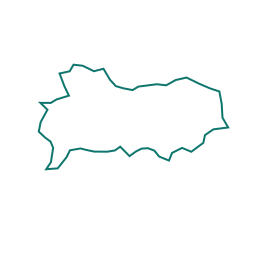 Dali, Nicosia, Cyprus, rotated 296°
{"feature_id": "46923920B65421651141260", "entity_name": "Dali", "entity_type": "district", "adm_level": 2, "iso_a3": "CYP", "parent_name": "Cyprus", "parent_adm1": "Nicosia", "projection": "robinson", "projection_center": [33.409, 35.042], "detail": "fine", "context": "isolated", "style": "outline", "palette": "teal", "viewbox_px": 256, "rotation_deg": 296, "n_neighbors": 0, "source": "geoboundaries", "source_scale": "gbopen_adm2", "svg_char_len": 809}
<svg xmlns="http://www.w3.org/2000/svg" viewBox="0 0 256 256"><g transform="rotate(296 128 128)"><path d="M55.1,72.6L60.9,82.5L74.9,85.6L82.5,85.6L88.8,94.3L90.1,100.5L92.0,108.0L97.7,119.9L102.1,126.1L107.8,129.2L103.4,141.7L110.3,145.4L115.4,149.2L118.6,154.8L119.2,161.6L116.0,168.5L116.7,179.1L124.9,178.5L133.8,185.3L134.4,195.3L147.7,202.2L155.3,200.3L164.2,205.3L172.4,217.8L178.7,208.4L190.8,201.6L200.9,194.1L199.6,184.7L199.0,172.9L199.0,158.5L192.0,149.8L183.1,143.6L180.0,134.8L169.8,119.2L164.1,115.5L161.6,106.2L160.3,98.7L163.5,90.6L170.5,80.0L164.1,72.5L164.1,60.0L161.0,51.3L153.4,50.7L147.0,42.6L137.6,52.6L131.2,60.7L122.4,51.3L116.7,47.6L112.2,38.2L109.1,47.6L95.1,46.9L85.6,49.4L83.1,57.5L81.8,64.4L77.4,69.4L63.5,73.7L55.1,72.6Z" fill="none" stroke="#0f766e" stroke-width="2"/></g></svg>